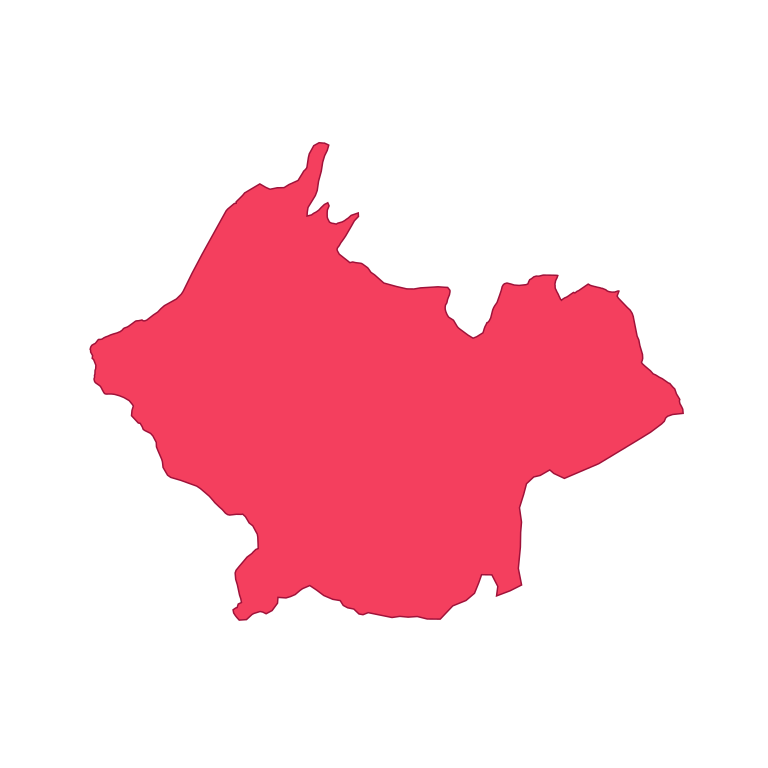 Techiman North, Brong Ahafo, Ghana, rotated 331°
{"feature_id": "2480657B75157144819377", "entity_name": "Techiman North", "entity_type": "district", "adm_level": 2, "iso_a3": "GHA", "parent_name": "Ghana", "parent_adm1": "Brong Ahafo", "projection": "robinson", "projection_center": [-1.962, 7.702], "detail": "fine", "context": "isolated", "style": "filled", "palette": "rose", "viewbox_px": 768, "rotation_deg": 331, "n_neighbors": 0, "source": "geoboundaries", "source_scale": "gbopen_adm2", "svg_char_len": 6171}
<svg xmlns="http://www.w3.org/2000/svg" viewBox="0 0 768 768"><g transform="rotate(331 384 384)"><path d="M142.1,516.8L142.9,520.3L149.5,523.4L156.8,521.6L158.9,521.6L165.3,522.9L167.4,524.7L169.5,527.8L176.3,527.9L184.6,524.1L187.8,519.2L194.6,523.6L199.2,524.6L204.3,525.1L210.7,523.8L213.6,523.5L221.4,524.3L225.1,531.5L228.8,539.8L234.8,547.5L240.7,552.2L241.0,557.9L243.7,562.1L248.5,566.2L250.6,573.0L253.8,575.6L259.3,576.3L277.8,592.1L285.2,594.9L292.1,599.6L300.4,603.5L307.9,610.5L319.2,616.9L336.6,611.4L350.8,613.1L361.7,610.9L370.5,603.8L376.9,598.1L385.8,603.2L385.4,616.2L379.7,623.9L394.1,626.0L406.9,626.5L412.1,610.4L424.2,592.8L431.6,580.0L437.3,571.5L442.5,557.9L452.6,548.3L460.3,540.3L469.9,537.9L476.3,539.7L487.3,539.5L489.2,544.6L496.0,554.0L533.2,557.8L578.4,556.1L593.8,555.4L607.4,553.5L611.1,552.5L613.8,550.3L616.4,549.7L621.7,550.6L626.2,552.5L631.4,554.7L633.1,550.9L633.3,547.9L633.3,544.5L634.1,542.1L635.2,540.9L635.2,540.6L635.0,534.4L635.9,529.3L635.1,526.6L634.3,522.6L634.3,522.2L633.2,520.9L630.0,514.3L628.1,511.6L626.0,507.8L624.3,505.6L623.5,501.8L620.9,494.9L619.7,491.3L619.8,489.7L621.2,488.7L622.7,487.0L624.4,483.5L625.2,480.0L626.4,474.5L628.2,469.1L628.6,464.8L634.4,446.7L634.7,446.0L635.3,442.5L635.1,438.7L633.9,435.0L630.6,422.5L630.5,420.1L634.5,416.7L633.9,416.1L630.2,415.4L629.1,414.8L628.0,414.2L626.9,413.4L625.5,412.2L624.6,411.2L624.0,410.1L623.7,409.1L623.0,408.3L622.4,407.5L622.1,407.2L621.5,406.3L621.0,406.1L619.3,404.3L617.1,402.4L615.9,401.2L614.8,400.3L614.6,400.0L613.7,399.2L612.2,397.6L611.9,397.0L611.0,395.6L599.5,396.7L599.1,396.7L598.0,396.5L597.4,396.6L596.7,396.7L595.5,396.9L594.9,396.8L594.6,396.4L594.4,395.9L593.6,395.8L593.0,395.9L591.4,396.0L588.0,396.4L586.6,396.5L585.3,396.5L584.2,396.3L581.7,396.4L580.3,396.7L579.8,396.8L579.8,396.1L579.5,395.8L579.5,395.3L579.6,393.4L579.7,391.9L579.9,390.1L579.9,388.8L579.9,387.2L579.9,386.6L580.0,386.2L580.1,385.2L580.1,383.7L580.5,382.5L580.8,381.9L581.1,381.4L581.5,380.6L581.9,379.5L582.7,378.6L583.1,378.2L583.7,377.4L583.9,377.1L584.9,376.3L585.5,375.9L586.2,375.4L586.7,375.1L588.6,373.4L588.1,372.9L584.6,370.8L576.0,365.9L571.8,364.8L569.4,363.4L567.0,362.9L564.1,363.4L562.0,363.4L560.1,364.7L558.4,366.2L556.4,366.0L550.0,363.3L545.9,360.6L543.6,358.2L540.5,355.3L537.9,354.7L536.3,355.1L534.5,356.2L532.0,358.9L528.4,362.2L525.0,365.2L522.4,367.5L518.7,369.3L516.9,370.4L515.0,371.9L509.4,377.9L506.9,379.6L505.8,380.1L505.0,380.3L504.4,380.5L504.0,380.5L503.7,380.3L503.2,380.7L502.0,381.6L500.6,382.5L500.0,382.9L499.1,383.7L498.6,384.1L498.0,384.7L497.1,385.6L495.4,387.2L488.0,387.6L484.1,387.1L481.2,382.0L476.6,371.9L476.5,371.5L476.2,370.8L476.0,369.7L475.9,369.2L475.7,362.2L475.6,361.7L473.5,357.9L472.9,356.7L472.8,353.8L473.0,352.0L473.2,350.4L473.8,348.3L474.6,346.7L475.6,345.3L476.4,344.5L477.7,343.9L478.6,343.2L480.4,341.1L482.1,339.6L483.5,338.5L484.5,337.7L485.3,336.7L486.4,335.4L487.1,334.0L486.5,330.4L483.8,328.7L478.4,325.2L462.5,317.6L456.2,315.4L450.1,311.9L442.2,304.8L432.8,295.6L428.7,284.0L426.7,280.0L426.4,276.7L426.1,274.5L423.5,268.9L422.8,267.7L422.0,267.0L420.8,266.1L419.5,265.2L417.8,263.9L415.8,262.1L413.0,261.3L407.8,248.8L407.8,244.8L408.3,243.3L409.5,242.3L411.7,241.4L414.8,239.5L418.1,238.0L422.1,236.0L432.5,229.8L437.2,226.9L442.9,225.1L443.2,224.4L444.4,221.9L437.0,220.6L433.3,221.5L430.9,221.7L428.8,222.0L426.1,222.0L421.4,220.9L419.8,221.0L417.8,219.2L416.2,218.0L414.8,216.0L414.9,212.2L415.3,210.4L417.2,206.9L418.8,204.4L422.3,201.6L422.4,201.1L422.7,198.2L421.8,198.2L419.5,198.1L418.8,198.1L417.3,198.5L414.6,199.2L411.3,200.3L409.0,200.6L407.2,200.7L405.9,200.6L404.4,200.7L402.6,201.0L401.6,200.7L398.1,199.8L400.3,196.4L403.1,192.8L415.3,185.9L419.4,182.4L425.1,174.9L432.3,167.5L437.9,160.3L442.7,155.6L447.6,152.2L451.5,148.3L450.7,147.1L448.7,144.4L448.2,144.2L444.2,141.5L438.1,141.5L432.7,144.9L430.3,146.4L427.8,149.1L425.4,152.2L421.8,156.9L420.7,157.8L418.0,158.7L416.9,158.9L415.7,159.7L407.5,164.3L397.6,163.5L391.8,163.8L385.7,160.6L378.7,158.4L376.0,154.8L372.4,148.8L354.8,149.3L351.8,150.5L343.0,153.0L342.7,153.9L342.3,154.3L341.4,153.8L340.4,153.6L339.3,153.8L332.1,155.2L329.9,156.0L288.5,181.9L269.8,194.1L253.1,205.7L250.2,207.2L243.6,209.0L229.9,209.0L225.3,210.0L222.2,211.0L220.9,211.4L215.8,211.8L207.5,213.1L205.9,212.9L204.7,212.5L204.2,212.1L203.8,211.7L203.6,211.0L203.4,210.8L203.2,210.6L202.9,210.6L201.4,210.1L199.9,209.6L198.4,208.9L197.4,208.6L196.9,208.6L196.2,208.7L192.4,209.2L190.7,209.4L189.1,209.6L187.6,209.7L186.4,209.6L184.9,209.3L183.9,209.2L183.3,209.2L182.8,209.3L181.8,209.7L181.0,210.0L180.0,210.1L178.4,210.3L177.4,210.1L176.1,210.0L174.8,209.8L171.4,209.0L169.1,208.6L168.4,208.5L167.0,208.4L165.7,208.3L163.3,207.9L161.1,207.8L159.6,208.0L158.6,207.9L157.8,207.6L156.8,207.1L156.1,206.7L155.6,206.7L155.2,206.8L152.7,207.9L151.7,208.3L150.9,208.5L150.6,208.5L149.6,208.4L147.2,208.5L145.4,209.5L143.8,211.2L143.8,212.1L142.9,213.9L142.9,217.9L141.2,220.1L141.5,220.9L141.9,221.7L141.3,226.3L141.1,227.9L139.2,230.9L137.9,232.0L135.9,235.3L135.0,236.0L134.2,237.7L132.8,239.0L132.2,241.0L132.1,241.9L132.3,243.1L133.9,246.4L134.4,247.4L134.8,248.5L134.9,250.3L134.8,252.7L134.8,255.3L134.9,256.5L135.2,257.2L136.0,258.0L138.2,259.2L140.6,260.5L142.2,261.6L143.5,262.6L146.9,266.0L150.0,269.8L153.1,275.0L154.0,280.0L154.1,281.7L150.8,284.9L147.8,289.3L150.2,299.0L151.7,300.2L151.8,304.2L151.4,307.0L152.3,308.8L155.9,314.0L156.7,317.4L156.5,324.7L154.5,328.7L153.9,333.6L153.1,342.0L152.5,344.6L150.3,349.9L150.5,358.8L152.2,362.3L159.4,369.6L170.7,382.5L172.7,386.4L176.8,397.4L178.0,402.9L178.5,405.7L180.4,411.8L181.7,415.5L182.7,420.1L183.9,422.4L185.5,423.8L191.8,426.4L195.9,428.8L197.3,429.3L198.5,432.9L198.7,440.2L200.5,444.4L200.4,450.8L200.4,453.8L199.4,456.7L196.3,462.9L194.2,466.9L191.6,466.6L187.9,467.6L186.3,468.2L180.3,469.0L173.8,471.5L169.0,473.3L164.3,475.2L162.2,477.1L159.6,482.9L158.4,488.5L155.3,498.7L154.6,502.5L153.4,506.0L149.8,505.8L147.2,508.3L146.5,508.1L145.5,508.0L144.6,508.1L142.5,508.3L141.5,511.4L141.7,514.4L142.1,516.8Z" fill="#f43f5e" stroke="#9f1239" stroke-width="1.5"/></g></svg>